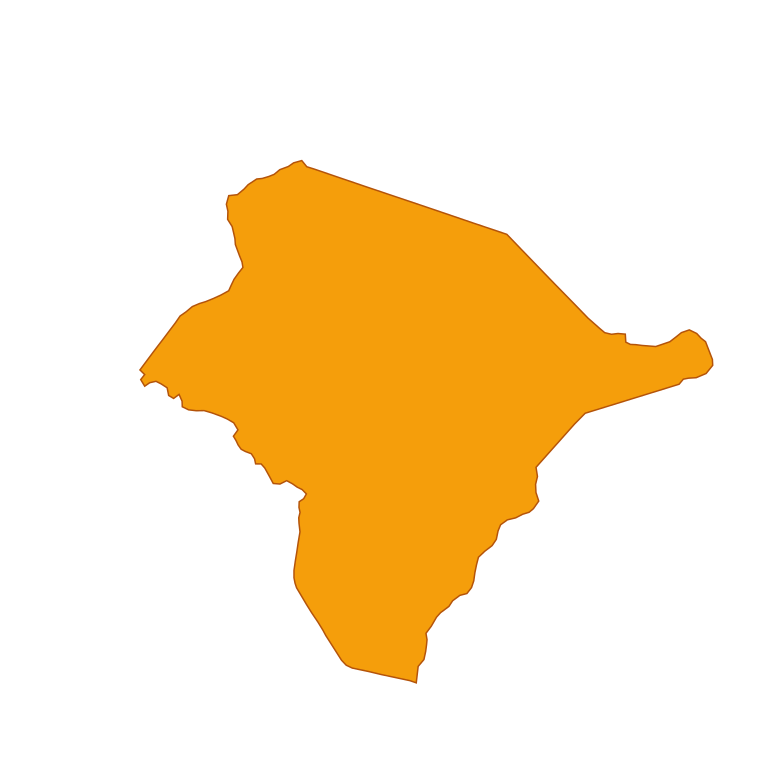 Gravataí, Rio Grande do Sul, Brazil (Albers equal-area conic projection), rotated 40°
{"feature_id": "56859067B76792516798439", "entity_name": "Gravataí", "entity_type": "district", "adm_level": 2, "iso_a3": "BRA", "parent_name": "Brazil", "parent_adm1": "Rio Grande do Sul", "projection": "albers", "projection_center": [-50.95, -29.891], "detail": "fine", "context": "isolated", "style": "filled", "palette": "amber", "viewbox_px": 768, "rotation_deg": 40, "n_neighbors": 0, "source": "geoboundaries", "source_scale": "gbopen_adm2", "svg_char_len": 2294}
<svg xmlns="http://www.w3.org/2000/svg" viewBox="0 0 768 768"><g transform="rotate(40 384 384)"><path d="M394.7,528.7L398.2,533.2L402.2,536.3L404.7,541.3L408.4,545.3L414.7,551.3L420.1,560.5L425.1,568.6L429.8,576.5L434.9,584.7L439.6,590.3L443.8,593.7L448.0,596.3L453.2,598.1L466.0,602.6L475.5,605.7L486.6,608.9L495.3,611.8L501.1,614.1L509.7,616.8L529.0,622.9L535.8,623.7L542.3,622.0L557.1,614.1L568.9,608.2L584.7,599.8L594.5,594.6L600.8,592.2L591.7,578.4L591.7,569.4L587.9,562.2L584.2,556.4L581.3,552.2L576.4,548.0L575.9,539.1L574.1,528.8L574.3,522.8L576.7,512.6L575.9,505.9L578.0,497.1L582.2,491.2L581.9,483.7L579.3,477.1L574.9,470.1L571.0,462.9L567.7,456.0L568.7,447.3L570.7,438.3L569.9,430.8L565.8,423.2L563.8,416.9L565.8,408.8L570.9,401.9L573.9,394.7L577.6,389.0L578.6,383.5L577.8,374.2L570.1,369.4L564.6,363.4L561.0,356.2L554.0,350.1L555.7,292.2L556.9,277.1L610.2,194.5L610.2,187.9L613.6,183.7L619.1,178.5L624.0,168.9L623.8,158.4L619.8,154.1L603.1,144.9L597.5,145.1L591.1,144.3L583.1,146.3L578.8,153.5L577.6,159.6L575.8,167.9L568.1,180.6L556.9,188.6L551.6,192.0L547.3,195.3L542.3,196.5L536.8,190.7L530.8,194.9L526.3,199.7L520.1,202.8L513.6,202.8L498.0,202.4L477.6,200.3L450.0,197.6L402.4,192.6L381.9,190.4L349.0,203.3L302.3,221.4L242.3,244.9L215.7,255.2L192.4,264.2L185.2,267.2L177.4,265.7L172.6,272.7L170.9,278.9L166.4,286.8L165.1,294.0L162.3,299.2L158.6,304.8L154.7,308.8L151.8,318.6L151.5,324.6L150.0,333.2L144.0,339.5L147.7,347.6L153.4,352.0L158.4,358.4L166.5,361.0L171.7,364.9L176.4,368.5L180.5,372.7L191.0,378.7L196.7,381.7L201.0,385.4L201.2,392.5L201.8,400.1L203.5,406.7L205.1,412.4L201.8,420.9L197.9,429.0L194.4,435.6L190.9,441.0L187.4,447.9L185.9,456.3L184.1,462.9L184.9,471.4L185.3,479.5L186.0,492.5L186.3,499.6L186.7,507.7L188.0,530.1L194.6,530.6L194.8,537.0L202.1,539.5L203.7,533.6L207.6,528.5L213.1,527.2L220.3,526.3L226.4,531.2L232.1,530.3L233.7,523.7L240.4,527.0L244.1,531.1L250.9,529.4L257.3,525.2L263.3,520.0L270.6,516.8L280.0,513.4L286.3,511.6L293.8,510.3L301.6,513.0L302.2,520.8L306.9,522.4L311.5,524.5L316.5,525.8L321.2,524.8L327.2,522.7L332.9,524.5L337.0,527.7L341.3,524.2L346.7,525.0L354.8,528.1L363.1,531.4L368.6,527.5L371.6,520.6L377.9,519.3L383.9,518.8L389.2,517.5L395.2,518.1L396.2,523.5L394.7,528.7Z" fill="#f59e0b" stroke="#b45309" stroke-width="1.5"/></g></svg>